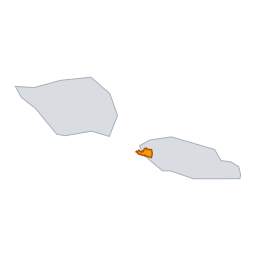 Falelatai & Samatau, Aiga-i-le-Tai, Samoa (highlighted)
{"feature_id": "51752279B18157705757653", "entity_name": "Falelatai & Samatau", "entity_type": "district", "adm_level": 2, "iso_a3": "WSM", "parent_name": "Samoa", "parent_adm1": "Aiga-i-le-Tai", "projection": "albers", "projection_center": [-172.03, -13.899], "detail": "fine", "context": "in_parent", "style": "filled", "palette": "amber", "viewbox_px": 256, "rotation_deg": 0, "n_neighbors": 0, "source": "geoboundaries", "source_scale": "gbopen_adm2", "svg_char_len": 1966}
<svg xmlns="http://www.w3.org/2000/svg" viewBox="0 0 256 256"><path d="M90.9,77.2L109.9,93.7L117.5,115.5L109.3,136.4L91.4,131.2L65.3,135.7L56.7,134.2L35.7,108.7L21.2,97.2L15.4,86.4L33.8,87.6L60.8,80.3L90.9,77.2ZM239.9,178.7L193.5,178.8L170.5,170.9L162.4,170.8L142.7,154.2L139.7,145.6L150.0,139.9L171.5,136.9L214.6,149.5L221.0,160.6L231.0,161.9L238.7,166.7L240.6,174.5L239.9,178.7Z" fill="#d9dde1" stroke="#a8b0b8" stroke-width="1"/><path d="M145.5,148.2L145.3,148.3L144.4,148.7L143.5,150.8L143.4,151.3L143.3,151.2L143.2,151.2L142.9,151.1L142.6,151.0L142.4,150.9L141.7,152.1L141.4,152.0L140.9,151.8L140.1,151.4L139.8,151.2L139.7,151.1L139.6,150.9L138.9,150.2L138.7,150.5L138.3,151.0L138.2,151.2L138.0,151.5L137.9,151.6L137.5,151.8L137.1,151.4L136.8,151.1L136.4,151.5L136.2,151.7L136.1,151.8L136.3,151.9L136.5,152.0L136.8,152.2L137.0,152.2L137.2,152.4L137.3,152.5L137.2,152.5L137.3,152.6L137.4,152.8L137.5,153.0L137.5,152.9L137.6,153.0L137.8,153.1L137.9,153.3L138.0,153.3L137.9,153.3L138.0,153.4L138.2,153.5L138.3,153.6L138.5,153.7L138.7,153.8L138.8,153.8L139.0,153.9L139.2,154.0L139.3,154.0L139.6,154.1L139.8,154.3L140.0,154.3L140.3,154.3L140.2,154.4L140.3,154.4L140.6,154.4L140.8,154.4L141.0,154.4L141.2,154.5L141.3,154.8L141.5,154.8L141.9,155.0L142.2,155.1L142.3,155.2L142.5,155.3L142.8,155.4L143.1,155.4L143.4,155.3L143.4,155.2L143.5,155.2L143.8,155.1L143.9,155.3L144.0,155.3L144.2,155.2L144.3,155.2L144.3,155.3L144.5,155.3L144.8,155.3L145.0,155.3L145.1,155.5L145.3,155.6L145.5,155.5L145.8,155.6L146.0,155.8L145.9,155.9L146.0,155.9L146.1,156.0L146.3,156.0L146.5,156.1L146.7,156.3L146.8,156.5L146.7,156.5L148.2,156.6L151.0,157.5L151.4,157.6L152.3,153.5L151.5,149.7L150.5,149.6L150.1,149.6L149.9,149.5L149.1,149.5L149.0,149.4L148.8,149.4L148.7,149.4L148.4,149.4L148.1,149.3L147.9,149.3L147.8,149.2L147.6,149.1L147.4,149.1L147.2,149.1L146.8,149.2L146.6,149.3L146.6,149.1L146.6,148.8L146.5,148.2L145.5,148.2Z" fill="#f59e0b" stroke="#b45309" stroke-width="1.5"/></svg>